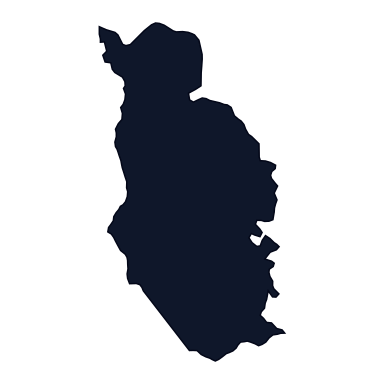 the district of Santa Mariana, Paraná, Brazil
{"feature_id": "56859067B10237874887501", "entity_name": "Santa Mariana", "entity_type": "district", "adm_level": 2, "iso_a3": "BRA", "parent_name": "Brazil", "parent_adm1": "Paraná", "projection": "natural_earth1", "projection_center": [-50.532, -23.056], "detail": "fine", "context": "isolated", "style": "filled", "palette": "ink", "viewbox_px": 384, "rotation_deg": 0, "n_neighbors": 0, "source": "geoboundaries", "source_scale": "gbopen_adm2", "svg_char_len": 2529}
<svg xmlns="http://www.w3.org/2000/svg" viewBox="0 0 384 384"><path d="M155.5,23.0L151.5,24.8L144.3,30.6L141.2,33.7L130.3,44.6L125.9,45.6L122.7,44.4L117.9,34.9L115.0,32.4L106.1,29.7L99.3,26.7L99.3,34.2L100.4,38.9L100.4,42.2L104.4,41.9L106.7,51.2L102.8,55.2L105.1,62.0L110.8,62.8L112.3,69.3L114.8,72.5L118.1,74.5L122.4,77.1L124.9,81.6L125.2,85.9L123.5,88.4L125.5,94.0L124.9,99.7L123.2,104.3L120.7,107.5L122.4,113.4L121.9,119.5L118.4,123.5L115.5,129.2L116.3,132.9L116.3,136.8L114.9,142.1L115.5,146.6L117.1,149.3L118.2,152.5L119.1,155.4L120.9,160.5L121.6,164.4L122.3,167.8L123.7,172.1L125.2,177.0L126.8,181.7L126.6,187.9L127.7,191.6L127.3,196.6L125.5,201.7L123.0,204.8L120.4,206.3L118.8,209.5L116.2,212.6L113.8,216.6L113.3,220.8L110.4,225.1L108.6,227.4L107.8,231.9L111.3,234.0L113.7,237.4L115.5,241.1L118.4,246.5L120.6,250.5L123.0,252.4L125.3,254.3L127.0,257.3L127.6,260.4L127.7,264.2L128.0,268.8L127.1,273.9L127.6,278.4L129.6,283.7L136.3,283.5L139.9,284.7L142.0,287.5L143.3,290.8L189.4,350.5L193.1,350.4L197.1,350.6L201.2,354.5L205.8,356.8L209.9,358.2L212.3,359.6L215.3,361.0L218.7,359.4L222.3,356.8L226.3,353.6L229.1,352.6L232.9,350.9L236.1,348.1L237.8,345.2L240.5,342.1L244.2,341.7L247.3,341.1L250.6,342.1L255.1,343.8L258.6,345.7L262.1,344.4L265.8,342.1L269.1,337.9L272.9,334.9L277.6,334.2L280.5,333.3L284.7,333.1L282.1,329.9L276.7,328.5L271.5,322.9L266.6,322.4L263.6,318.4L260.2,315.3L261.3,311.8L264.5,308.2L265.2,303.1L266.6,299.5L268.2,290.8L272.5,296.9L276.0,297.1L278.9,293.9L273.8,288.7L272.6,285.6L272.7,281.2L269.9,276.4L268.9,272.3L269.3,269.2L273.2,266.5L274.2,263.2L271.6,261.2L264.8,259.0L270.2,252.2L276.4,249.8L279.1,246.7L276.7,244.3L274.2,242.7L269.9,238.5L265.5,235.6L262.2,240.4L260.2,245.9L256.8,246.4L252.1,242.7L248.9,237.8L251.4,233.5L254.6,235.0L260.0,236.7L262.1,232.5L259.8,229.0L255.4,224.3L256.8,220.3L261.3,220.4L264.6,221.4L269.0,221.2L272.9,219.7L274.2,212.0L274.5,207.9L275.6,203.8L277.0,199.9L274.2,193.1L277.6,186.0L275.1,183.1L271.5,178.5L270.6,175.3L271.8,171.5L275.2,168.6L275.6,165.2L270.5,162.5L265.5,161.0L260.3,160.7L259.2,157.1L259.0,143.8L251.6,136.5L248.5,134.4L245.6,129.2L243.9,124.5L241.2,121.1L238.4,119.2L234.4,115.8L231.1,107.4L227.3,104.9L224.1,104.5L219.7,102.8L209.8,100.5L206.1,98.6L202.2,98.0L198.8,99.5L193.4,102.1L189.6,99.9L188.5,93.2L195.8,89.2L201.0,85.8L201.2,72.9L201.7,66.5L202.2,59.1L202.1,54.3L198.9,40.2L194.5,34.9L192.0,33.7L188.1,32.3L182.6,31.6L176.3,31.9L173.2,30.9L164.2,25.2L159.4,23.4L155.5,23.0Z" fill="#0f172a" stroke="#020617" stroke-width="1.5"/></svg>